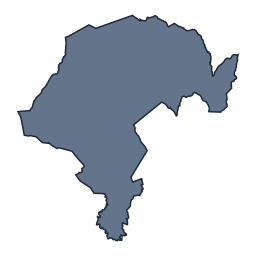 San Mateo Río Hondo, Oaxaca, Mexico (Equal Earth projection)
{"feature_id": "50627088B41033546830678", "entity_name": "San Mateo Río Hondo", "entity_type": "district", "adm_level": 2, "iso_a3": "MEX", "parent_name": "Mexico", "parent_adm1": "Oaxaca", "projection": "equal_earth", "projection_center": [-96.499, 16.1], "detail": "fine", "context": "isolated", "style": "filled", "palette": "slate", "viewbox_px": 256, "rotation_deg": 0, "n_neighbors": 0, "source": "geoboundaries", "source_scale": "gbopen_adm2", "svg_char_len": 5775}
<svg xmlns="http://www.w3.org/2000/svg" viewBox="0 0 256 256"><path d="M238.0,54.5L236.2,55.2L234.7,54.6L233.5,54.7L232.4,55.5L231.0,57.8L230.3,58.5L229.5,58.7L227.8,58.2L227.1,58.2L225.2,59.4L223.9,61.7L223.2,62.6L221.6,64.0L219.4,65.5L217.6,67.6L216.9,68.8L216.5,70.1L215.4,71.1L214.8,72.1L214.6,72.6L214.3,74.3L213.8,75.3L212.8,76.1L212.6,75.5L212.7,75.2L212.4,74.6L212.1,73.6L212.4,72.8L212.3,71.9L211.7,71.6L211.5,70.9L211.7,69.9L211.3,69.0L211.7,68.6L211.8,66.6L211.6,66.2L210.6,65.5L210.4,64.1L209.9,64.0L210.0,63.1L209.8,62.7L209.8,62.4L210.6,62.4L210.5,61.3L210.8,60.0L211.0,59.8L210.7,58.8L210.9,57.8L210.9,56.5L210.2,55.0L210.5,54.2L210.2,53.7L209.6,53.2L209.3,53.5L209.0,53.2L209.0,52.2L208.6,51.9L207.4,52.3L207.2,51.2L206.8,51.0L206.7,50.1L206.0,49.0L205.7,48.9L205.5,47.1L205.0,47.0L204.6,46.7L204.8,45.0L203.3,42.9L203.5,42.2L203.0,40.1L202.0,39.4L201.3,37.4L201.3,36.3L200.7,36.2L199.7,34.9L198.4,34.8L197.5,32.9L197.0,32.9L196.9,32.4L195.8,30.5L194.4,29.6L194.3,29.8L192.6,29.5L188.3,30.8L187.0,30.7L184.3,29.1L183.8,28.2L183.6,28.5L180.5,26.6L178.9,26.5L174.4,23.4L168.6,26.7L167.9,26.3L166.5,23.0L165.6,22.0L163.1,20.8L161.8,20.4L159.1,18.8L158.1,18.8L157.6,18.0L157.5,17.6L157.2,17.0L156.6,16.8L155.6,15.7L154.5,15.9L153.4,16.9L152.7,16.9L148.7,18.1L148.2,17.5L147.4,17.3L147.1,17.8L146.4,19.9L145.7,20.7L145.0,20.7L144.8,20.9L142.7,20.3L142.1,20.5L141.4,20.4L141.0,19.8L140.5,19.5L140.9,20.7L139.9,20.8L132.4,15.4L95.9,28.3L88.9,24.9L68.5,36.3L65.5,37.3L66.1,43.1L65.3,52.9L65.6,54.1L65.8,54.3L64.8,55.7L64.6,56.6L63.6,56.8L63.4,58.0L62.8,58.3L62.3,59.6L62.5,60.6L62.5,60.9L62.2,61.1L62.3,61.6L62.1,62.2L61.4,63.0L61.1,63.0L60.2,63.0L58.7,65.1L59.0,66.9L58.4,67.5L58.8,68.4L58.8,68.9L58.5,71.0L57.9,72.0L57.9,72.8L56.7,73.8L53.9,74.4L53.5,74.3L53.4,74.6L52.3,75.1L50.1,78.4L47.0,84.1L45.0,87.2L42.9,88.9L41.9,90.4L41.4,92.7L39.5,94.7L36.3,97.5L35.6,99.3L33.9,101.0L32.2,107.6L31.1,108.5L29.9,110.6L18.0,111.6L20.9,117.5L24.3,135.3L28.9,136.0L29.9,135.5L36.1,136.8L42.4,142.6L48.4,143.3L48.6,142.7L52.7,146.0L57.1,148.5L59.0,147.8L72.0,151.2L77.6,158.4L83.2,164.4L84.4,166.1L83.7,167.2L83.3,167.4L82.4,168.4L81.9,168.4L81.8,169.9L82.2,170.8L82.1,172.0L81.4,172.4L80.8,172.4L80.3,172.7L79.2,172.5L77.7,173.9L75.8,174.9L79.6,180.2L80.7,181.3L90.4,187.7L94.0,193.3L103.9,193.6L104.1,194.0L104.5,193.8L104.6,194.5L105.5,195.0L105.9,195.3L105.7,195.9L105.1,196.7L105.1,197.1L105.5,197.4L106.3,197.3L106.9,198.6L106.8,199.4L106.2,199.8L106.1,200.6L107.1,202.5L106.9,203.3L106.3,204.1L106.5,204.6L107.2,204.1L107.7,204.5L107.6,205.1L107.2,205.5L106.2,205.8L106.1,206.9L105.6,207.1L105.8,207.7L105.6,208.1L105.0,208.1L104.5,209.4L104.1,209.8L102.6,209.7L102.2,210.2L102.1,211.5L101.8,211.8L101.3,211.2L100.7,211.3L100.1,212.2L99.5,212.1L98.7,212.4L98.6,213.0L98.9,214.3L100.0,215.6L100.5,216.5L100.2,217.3L99.7,216.9L98.7,217.5L98.6,217.1L97.7,216.4L97.4,216.7L97.4,217.1L98.2,218.8L98.2,219.6L98.1,220.1L97.6,220.8L96.7,223.3L96.6,224.7L97.1,224.9L99.2,224.1L99.8,224.3L99.7,227.5L101.4,228.6L102.1,227.6L103.0,228.0L103.4,229.4L105.7,230.2L106.1,231.2L105.2,231.8L105.2,232.4L105.9,233.5L107.8,233.1L107.8,233.7L107.5,234.6L106.9,235.6L107.8,238.7L108.4,238.8L110.0,237.8L112.1,238.3L113.2,239.7L114.2,239.2L115.7,240.2L116.7,240.6L117.4,240.6L118.2,239.4L119.1,240.1L121.6,240.3L121.8,239.9L121.9,238.1L121.6,238.3L121.3,239.0L121.0,239.2L120.7,238.5L119.9,238.1L119.6,237.2L119.8,236.9L120.6,236.7L120.8,235.4L121.1,234.9L121.7,235.9L122.6,236.0L123.7,235.1L124.4,235.7L125.2,235.1L125.8,235.6L126.1,235.4L126.3,234.8L126.2,234.0L125.8,233.6L125.4,233.2L124.6,232.9L124.2,232.1L123.6,231.6L123.4,230.9L123.8,230.3L123.5,229.7L122.8,229.4L122.2,228.0L122.4,227.0L122.9,226.5L122.5,224.9L122.5,224.0L122.3,223.0L122.4,222.9L123.1,222.8L124.2,223.6L126.4,224.2L127.1,224.7L127.4,224.6L127.3,223.5L127.7,222.9L127.5,222.3L127.0,221.4L127.4,220.5L126.4,218.7L126.9,218.6L127.3,218.9L127.9,218.7L128.6,217.7L128.7,217.2L128.0,214.9L128.0,214.2L127.6,212.2L126.7,211.0L126.6,210.5L126.7,210.0L127.9,209.0L129.6,207.1L130.1,206.2L130.5,205.8L130.4,204.0L130.7,202.0L131.4,199.9L131.8,199.3L132.7,199.1L133.6,196.1L138.0,195.1L139.7,195.5L139.5,194.9L139.6,194.7L140.5,194.2L140.6,193.2L141.3,192.8L141.5,192.5L141.7,191.7L142.1,191.5L142.2,190.7L141.7,190.3L141.8,189.6L143.1,189.1L142.9,188.2L142.0,186.9L141.8,185.6L141.2,185.2L141.4,184.7L142.2,184.8L143.0,184.3L142.5,183.1L142.3,181.7L141.8,180.8L142.0,179.6L141.7,178.8L141.2,179.3L140.9,178.9L132.8,182.1L130.9,177.3L147.1,150.7L145.0,146.6L141.1,142.0L138.7,136.3L137.8,135.1L136.6,134.2L136.1,133.0L135.3,132.0L134.9,130.2L135.1,128.0L133.5,124.9L161.6,102.1L164.8,103.7L166.6,105.3L168.2,107.9L169.6,108.3L170.0,108.3L170.5,107.8L171.1,108.7L171.3,109.3L172.7,110.3L174.0,111.6L176.3,115.8L177.0,115.5L177.1,113.5L177.5,110.8L178.2,108.1L178.2,107.3L178.6,106.1L179.5,106.0L179.9,105.7L179.8,103.6L180.3,102.0L180.8,101.2L180.8,100.3L182.2,96.8L183.2,96.3L184.5,96.3L185.7,97.3L186.1,97.3L188.2,96.3L191.0,95.9L191.9,95.5L192.6,94.8L192.7,94.0L193.3,93.7L194.2,92.5L196.3,93.0L198.7,94.8L200.0,95.2L201.4,97.0L202.0,98.8L203.2,100.6L205.4,101.6L206.1,101.7L206.5,102.3L208.3,105.2L209.2,107.4L209.3,109.0L209.2,110.0L208.8,110.7L208.7,111.2L209.0,111.7L220.9,112.1L221.3,111.0L223.9,109.6L225.3,108.0L226.9,106.7L227.2,106.0L227.1,104.7L226.5,103.0L226.2,100.9L227.1,99.6L226.4,93.6L231.7,88.1L231.5,87.6L231.5,87.0L231.3,86.2L231.5,84.9L231.2,84.7L231.1,84.2L231.3,82.7L232.3,81.3L233.7,81.4L234.1,80.9L234.4,79.8L235.2,79.3L235.9,79.1L236.6,78.0L236.6,77.4L235.4,75.9L234.7,75.8L234.4,75.1L234.4,72.1L234.5,71.5L235.5,70.5L235.7,68.4L236.1,67.7L236.7,63.1L237.2,61.5L237.3,60.3L237.6,59.3L237.6,58.9L237.3,58.5L237.3,57.7L237.9,55.8L238.0,54.5Z" fill="#64748b" stroke="#1e293b" stroke-width="1.5"/></svg>